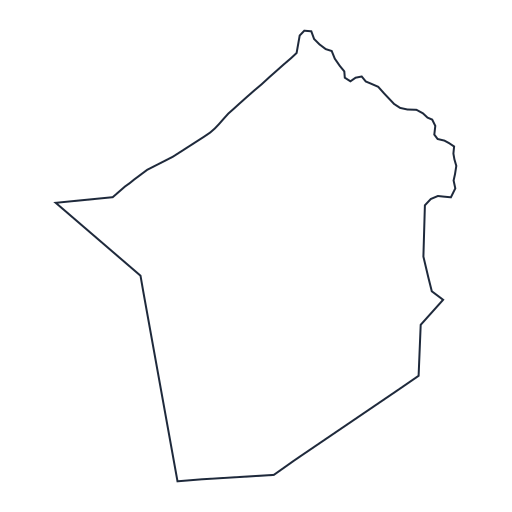 outline of Nova Fátima, Bahia, Brazil
{"feature_id": "56859067B84530933937954", "entity_name": "Nova Fátima", "entity_type": "district", "adm_level": 2, "iso_a3": "BRA", "parent_name": "Brazil", "parent_adm1": "Bahia", "projection": "natural_earth1", "projection_center": [-39.609, -11.617], "detail": "fine", "context": "isolated", "style": "outline", "palette": "slate", "viewbox_px": 512, "rotation_deg": 0, "n_neighbors": 0, "source": "geoboundaries", "source_scale": "gbopen_adm2", "svg_char_len": 1060}
<svg xmlns="http://www.w3.org/2000/svg" viewBox="0 0 512 512"><path d="M177.5,481.3L201.7,479.3L273.8,474.9L293.6,460.9L300.9,455.9L398.1,389.9L418.6,375.8L420.7,324.8L443.1,299.8L431.8,291.3L428.3,277.3L423.4,256.6L424.9,205.3L430.8,199.0L437.9,196.0L443.5,196.6L450.9,197.3L455.3,188.4L453.6,180.5L455.0,174.2L456.3,165.9L454.4,159.3L453.4,153.6L454.1,146.5L449.0,143.1L444.4,140.6L437.6,139.0L434.3,134.6L435.3,125.9L432.2,119.6L427.5,117.6L422.9,113.3L416.4,109.8L407.4,109.5L400.1,107.9L394.1,104.0L389.1,98.7L384.0,93.3L378.2,86.8L370.6,83.5L365.8,81.5L361.7,76.5L355.6,77.7L350.4,81.3L344.8,77.7L344.3,71.4L339.8,65.9L334.8,58.7L331.7,51.0L325.7,49.1L319.5,44.4L314.1,39.0L311.3,31.3L304.3,30.7L299.7,35.5L296.6,53.0L290.9,58.3L284.1,64.1L269.1,77.4L261.5,84.4L254.7,90.1L247.4,96.5L239.2,103.8L234.4,108.2L228.4,113.5L224.6,117.7L218.8,124.3L214.8,128.5L210.1,132.6L203.6,137.0L172.9,156.7L147.2,169.8L134.2,179.5L129.9,183.0L125.0,186.5L112.7,197.2L55.7,202.8L140.5,275.7L143.2,291.2L177.5,481.3Z" fill="none" stroke="#1e293b" stroke-width="2"/></svg>